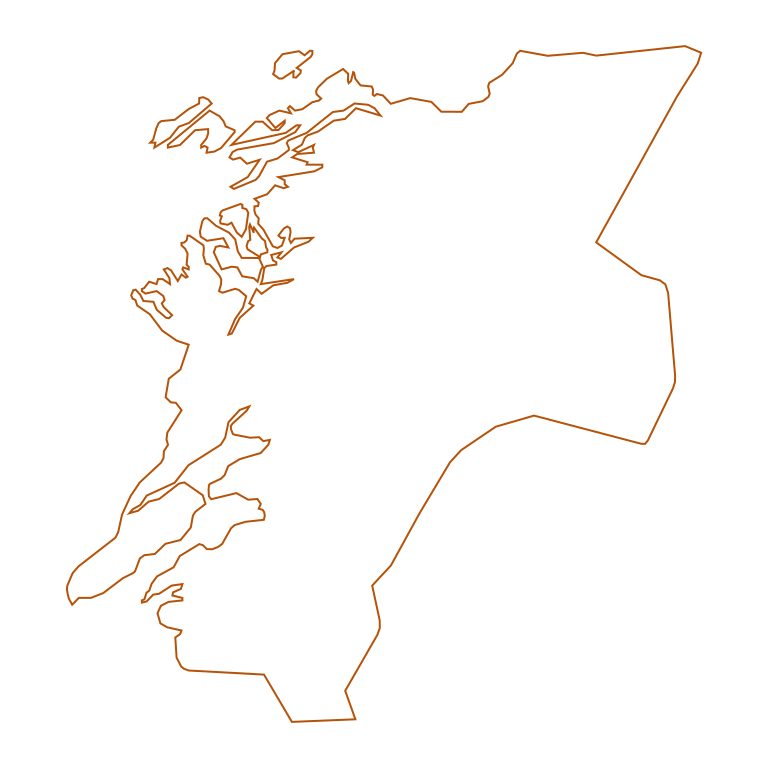 map outline of Nord-Trøndelag (Mercator projection)
{"feature_id": "NOR-925", "entity_name": "Nord-Trøndelag", "entity_type": "County", "adm_level": 1, "iso_a3": "NOR", "parent_name": "Norway", "parent_adm1": "", "projection": "mercator", "projection_center": [11.396, 64.165], "detail": "fine", "context": "isolated", "style": "outline", "palette": "amber", "viewbox_px": 768, "rotation_deg": 0, "n_neighbors": 0, "source": "natural_earth", "source_scale": "10m", "svg_char_len": 6064}
<svg xmlns="http://www.w3.org/2000/svg" viewBox="0 0 768 768"><path d="M701.1,52.7L697.8,63.4L676.8,96.8L596.2,242.4L641.4,275.2L659.8,280.3L665.3,284.3L668.1,292.8L675.1,375.6L675.0,382.0L673.0,388.3L647.9,440.4L645.1,443.8L641.3,443.8L534.0,415.6L495.8,426.7L461.2,450.1L450.0,462.3L419.7,513.0L390.9,565.5L372.2,585.6L379.7,620.3L379.8,627.9L377.5,634.6L345.2,690.8L355.4,719.3L291.9,721.9L264.0,674.6L188.6,670.5L183.9,668.7L181.3,666.7L176.6,657.7L175.3,637.5L180.2,634.0L181.5,630.5L167.2,627.3L160.4,623.4L157.5,613.2L160.9,605.8L168.5,601.9L182.4,600.4L182.4,597.9L172.4,595.5L173.1,592.3L180.9,588.9L182.4,584.1L171.6,585.6L159.0,593.8L153.2,594.6L146.7,601.4L141.9,602.6L141.9,600.4L144.4,599.3L146.5,592.7L149.3,590.6L151.6,583.8L157.0,576.4L173.6,567.3L179.8,556.0L199.3,544.1L202.9,545.2L206.8,549.1L212.4,549.2L218.1,546.9L222.2,543.9L231.0,528.3L234.6,525.1L245.5,521.8L263.8,519.8L264.8,515.7L264.1,512.0L262.6,509.8L258.7,508.7L260.8,503.9L257.4,499.0L248.2,499.7L236.4,493.1L211.2,499.2L208.9,496.3L208.6,489.8L208.9,485.4L209.7,484.0L221.1,478.6L224.7,475.0L228.2,466.1L239.8,459.1L260.7,453.0L268.3,444.8L269.9,439.9L263.3,441.1L259.1,437.2L250.0,437.7L234.1,434.6L232.9,434.0L231.0,429.2L230.8,426.0L232.6,423.5L246.7,410.7L249.3,406.4L239.8,409.9L228.5,422.2L225.2,437.6L220.8,444.7L188.5,465.2L174.6,482.8L146.8,495.5L140.4,504.9L132.7,509.3L129.4,513.2L138.2,510.7L148.7,501.6L159.2,499.0L179.0,483.6L184.3,482.4L202.7,495.2L205.5,503.9L195.3,511.8L192.9,515.7L190.8,527.5L180.5,540.0L165.5,543.8L154.8,554.0L144.3,555.2L139.9,558.4L135.1,571.2L133.7,572.7L122.7,578.3L103.2,593.1L90.8,597.9L78.8,597.9L72.2,604.7L68.9,598.7L67.7,594.1L66.9,589.1L67.3,585.7L72.7,573.0L78.6,566.3L115.4,537.7L118.2,532.2L122.0,514.7L130.5,496.2L139.7,482.5L161.1,462.6L163.5,458.1L163.9,451.1L168.0,444.9L166.5,439.3L167.3,432.7L181.6,410.2L175.8,402.8L170.7,402.3L165.6,397.2L168.8,378.7L180.4,369.5L188.7,344.7L176.9,340.8L162.2,330.6L149.9,314.3L137.2,305.5L135.4,300.0L132.5,298.6L131.2,295.3L133.3,290.2L135.7,289.7L140.4,294.9L143.4,301.0L153.4,301.8L156.8,309.8L166.1,317.8L169.1,318.2L172.1,315.2L163.7,307.1L161.8,303.4L164.6,300.0L163.3,296.0L156.6,291.1L145.5,293.6L141.9,291.1L141.9,289.0L144.1,288.2L149.2,281.7L156.6,284.1L158.0,279.1L162.7,279.1L170.0,284.1L169.4,278.1L163.8,269.4L167.5,268.1L171.1,270.4L177.8,281.0L181.5,274.5L185.9,277.7L187.6,276.7L182.4,269.4L183.2,267.4L188.7,269.4L188.7,266.8L186.6,264.8L187.6,253.6L185.1,248.7L181.5,245.3L181.5,242.9L184.3,242.5L186.7,240.2L187.6,235.6L189.8,235.8L203.4,245.3L203.9,248.7L203.3,255.3L205.8,263.7L209.6,264.6L219.6,275.9L221.3,279.6L221.0,284.3L219.0,291.1L222.4,292.7L235.2,288.8L238.9,290.0L246.2,296.2L242.9,307.8L235.1,319.1L228.4,334.6L231.8,333.5L239.8,317.8L253.4,305.6L249.3,303.4L256.5,289.0L261.6,293.8L273.3,285.3L287.4,282.8L294.0,279.1L260.8,284.1L262.3,280.2L264.3,268.1L266.5,266.0L276.3,264.6L276.3,262.2L273.0,260.4L271.2,255.0L281.5,252.3L277.4,257.4L280.9,258.9L294.0,247.5L308.4,241.8L312.8,237.8L294.5,238.7L290.9,242.9L289.2,239.3L290.6,232.1L289.9,228.1L287.2,226.5L283.8,228.5L278.4,235.6L281.3,238.0L284.7,237.8L282.0,245.5L277.5,248.0L272.8,246.3L263.3,229.4L258.2,223.8L258.7,218.4L255.4,214.3L254.4,210.8L254.5,206.3L258.1,206.1L258.7,202.6L254.5,198.8L267.2,194.2L275.1,185.3L283.7,188.2L287.9,186.8L284.7,184.2L284.7,180.3L278.4,177.1L314.4,171.3L322.3,167.3L322.3,164.7L306.6,164.7L307.6,162.2L292.1,157.4L297.2,154.0L314.0,152.7L312.8,147.6L314.0,144.9L298.2,152.2L293.0,150.1L302.0,144.6L304.7,138.1L307.6,135.4L318.1,131.5L333.7,120.7L345.1,118.9L356.0,108.2L380.5,115.6L374.7,108.3L368.2,104.8L354.5,103.5L343.6,110.6L332.9,112.0L306.6,132.9L288.1,140.6L286.8,143.3L288.8,147.6L288.8,150.1L277.5,158.5L267.0,161.7L259.1,176.1L255.6,179.9L233.9,188.9L230.5,186.8L247.7,177.1L259.6,159.8L246.9,163.7L240.2,157.6L233.0,159.6L229.5,157.4L232.6,152.0L237.1,149.6L273.9,143.1L295.3,132.1L300.2,125.3L296.5,125.3L285.7,132.9L231.5,144.9L255.3,121.7L262.7,121.7L272.1,130.2L278.5,130.0L284.7,123.1L284.7,120.7L275.4,128.0L266.8,118.0L269.6,115.0L279.4,110.6L290.9,113.3L287.9,108.2L289.9,106.1L295.1,110.6L302.3,109.2L312.3,102.2L319.0,100.5L321.2,98.6L316.6,94.3L316.1,91.0L318.1,87.3L326.9,78.7L343.1,69.0L348.2,73.8L347.9,80.8L348.7,83.1L351.1,80.7L353.2,72.1L354.1,72.7L355.3,78.8L360.5,85.4L371.7,86.5L373.1,89.8L372.7,94.6L374.4,95.9L377.0,94.0L383.0,95.5L390.8,103.8L410.2,98.1L431.4,101.9L441.3,111.7L461.8,111.8L468.7,103.9L482.7,101.2L488.4,96.9L489.7,93.7L488.1,86.4L489.2,82.9L502.1,74.8L512.7,63.2L516.9,53.5L520.2,50.8L547.7,55.8L582.9,52.8L596.3,55.6L685.1,46.1L701.1,52.7ZM237.8,251.2L241.7,257.9L259.0,258.0L262.9,266.8L261.0,269.6L257.6,281.7L253.8,278.2L242.2,276.3L237.4,267.4L231.8,266.7L221.6,269.4L213.8,252.3L215.7,246.9L220.1,245.9L228.4,247.5L223.4,238.2L207.0,240.8L200.7,236.7L199.9,231.6L202.4,221.1L204.3,218.4L207.3,218.2L215.9,225.7L229.1,232.7L235.2,239.4L237.8,251.2ZM208.1,129.1L195.1,130.2L180.0,145.0L167.9,147.6L167.9,144.9L209.6,110.6L219.6,116.3L223.5,121.1L225.7,126.4L234.6,130.2L234.7,132.0L221.0,148.1L214.3,151.6L206.5,152.7L207.6,147.6L204.5,145.9L201.2,147.6L201.2,144.9L206.4,138.6L208.2,133.4L208.1,129.1ZM170.0,137.8L154.4,147.6L155.4,142.7L150.2,142.7L153.2,139.7L156.3,128.3L158.6,123.1L161.3,121.1L174.7,119.8L188.6,109.1L199.1,103.5L199.3,98.0L203.2,97.2L208.3,99.6L211.7,103.5L188.9,123.0L178.8,126.7L170.0,137.8ZM310.1,50.7L312.4,51.0L312.4,54.1L310.6,57.0L296.7,67.9L300.8,70.4L300.5,73.1L296.0,77.6L293.4,77.3L293.4,72.2L294.3,70.5L282.4,78.5L279.2,78.6L273.1,74.1L274.5,70.8L275.0,63.1L282.5,54.2L299.0,51.2L304.6,55.3L310.1,50.7ZM248.3,212.8L245.9,229.4L241.7,236.8L236.8,232.5L231.5,222.7L227.7,224.8L220.5,223.4L220.1,220.9L221.8,216.3L219.8,215.5L220.7,212.2L222.4,210.5L240.4,204.0L242.4,204.8L242.3,208.0L246.3,209.1L248.3,212.8ZM265.0,241.0L266.1,247.5L267.5,249.7L267.3,252.3L260.8,254.4L260.1,257.1L247.6,249.3L246.6,246.0L248.1,241.2L250.3,239.9L249.2,226.8L250.0,224.5L253.8,232.8L253.4,229.5L254.0,227.5L261.7,238.3L265.0,241.0Z" fill="none" stroke="#b45309" stroke-width="2"/></svg>